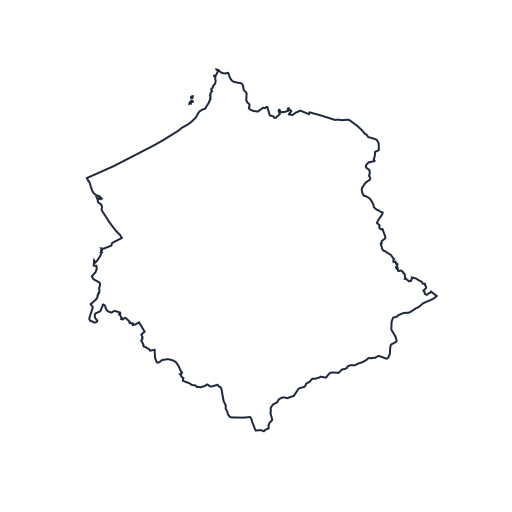 Cam Xuyen, Ha Tinh, Vietnam (orthographic projection), rotated 287°
{"feature_id": "81297802B99684516055458", "entity_name": "Cam Xuyen", "entity_type": "district", "adm_level": 2, "iso_a3": "VNM", "parent_name": "Vietnam", "parent_adm1": "Ha Tinh", "projection": "orthographic", "projection_center": [106.007, 18.19], "detail": "fine", "context": "isolated", "style": "outline", "palette": "slate", "viewbox_px": 512, "rotation_deg": 287, "n_neighbors": 0, "source": "geoboundaries", "source_scale": "gbopen_adm2", "svg_char_len": 6135}
<svg xmlns="http://www.w3.org/2000/svg" viewBox="0 0 512 512"><g transform="rotate(287 256 256)"><path d="M422.8,163.6L422.5,163.8L422.7,165.2L421.4,165.6L416.3,164.7L416.4,163.4L415.9,163.2L415.5,163.5L415.6,164.6L413.5,165.2L411.9,166.1L409.9,166.5L407.7,166.2L406.3,165.3L403.8,165.3L402.9,164.4L401.5,164.7L400.8,165.8L398.7,164.9L397.3,165.3L396.5,164.9L395.5,165.9L394.5,165.7L393.2,166.5L392.6,166.2L392.2,166.6L390.3,166.0L389.7,166.3L381.9,164.2L380.2,161.7L378.0,159.9L375.5,158.9L370.9,158.0L365.0,154.8L361.9,152.4L356.9,147.6L353.2,145.2L339.7,133.4L332.3,126.4L300.5,93.8L281.1,71.5L278.4,74.0L278.5,74.7L270.8,80.0L268.6,82.5L267.4,85.5L267.4,88.9L266.3,90.4L265.9,91.7L265.5,91.7L264.9,90.7L265.2,86.7L263.3,88.4L262.2,88.6L261.1,89.6L259.9,93.0L257.7,94.5L255.8,94.6L254.4,95.4L245.5,105.8L239.7,113.8L236.1,120.2L234.0,122.4L226.8,115.0L226.1,114.6L223.6,114.6L218.5,108.2L218.0,105.6L216.6,107.0L215.6,106.2L214.6,107.5L213.9,106.6L213.2,107.3L209.8,106.9L205.0,105.4L202.9,104.3L204.4,102.5L199.4,103.6L199.9,106.2L197.3,107.4L193.7,107.3L189.8,105.4L189.0,105.1L188.1,105.3L186.2,107.6L184.9,113.9L184.0,114.9L182.8,115.3L179.5,115.4L178.5,115.7L177.9,116.2L175.4,116.7L175.0,116.4L174.6,116.7L173.2,116.0L172.8,116.3L172.0,116.0L171.5,116.3L169.3,116.3L168.6,115.8L167.6,115.8L166.4,114.8L164.7,114.1L161.8,112.0L161.2,112.2L160.0,114.4L158.9,115.0L148.8,114.7L146.8,115.1L145.6,116.5L145.5,119.0L145.0,120.5L145.5,121.8L146.6,123.1L147.8,123.2L149.6,120.4L151.2,119.4L153.0,118.9L154.6,119.7L156.9,122.5L158.1,123.3L163.4,123.9L164.5,123.7L165.0,124.1L164.6,125.6L163.5,126.8L161.6,127.9L160.1,130.0L159.7,131.2L159.6,134.3L161.5,136.0L162.2,137.2L162.2,142.6L161.3,143.0L160.6,142.1L160.1,142.1L159.9,143.4L158.4,144.5L157.7,145.6L156.3,145.5L156.4,147.3L157.5,147.7L158.6,148.9L158.5,149.7L156.3,154.3L156.0,154.6L155.4,154.5L155.4,155.1L154.9,155.3L155.6,157.7L155.2,158.0L154.4,157.9L153.9,158.4L154.5,159.3L155.0,159.2L154.9,160.3L158.3,163.6L151.1,171.6L147.4,169.3L145.3,171.2L144.4,170.9L143.5,171.7L141.6,171.0L138.3,174.3L137.4,174.2L136.5,175.5L136.7,176.5L135.4,181.5L134.5,182.4L136.7,186.5L129.3,189.1L125.5,192.0L125.2,192.8L125.4,193.5L126.6,195.0L128.9,196.4L131.6,201.9L131.9,205.6L131.6,208.8L131.0,210.5L127.9,214.4L123.7,217.9L123.1,219.3L122.7,219.4L121.7,218.9L120.8,217.9L120.3,219.1L119.3,219.6L118.5,220.6L118.0,222.3L115.9,222.3L115.3,222.6L114.8,229.7L113.9,232.6L114.5,235.8L113.4,238.2L114.0,239.2L114.3,241.5L116.8,245.2L118.8,246.7L118.9,247.5L117.9,249.8L118.0,250.8L118.4,252.0L121.6,256.8L120.5,258.5L120.1,260.5L119.0,261.7L107.9,267.4L104.1,270.9L101.9,271.3L100.9,271.8L98.8,274.0L96.2,275.6L94.3,278.4L94.6,280.2L97.7,291.1L100.3,297.5L98.7,299.4L96.7,300.5L89.0,306.6L90.9,311.6L90.7,314.8L92.7,315.9L94.9,318.5L97.4,317.6L100.4,317.7L103.6,319.4L104.6,319.1L110.1,315.7L112.3,315.5L114.5,314.5L116.2,314.7L119.0,315.7L122.2,319.0L125.5,319.7L127.7,321.6L128.9,323.7L129.2,327.7L130.9,329.6L133.2,333.1L141.3,335.4L142.3,336.3L145.2,340.7L146.0,341.1L148.6,341.3L151.3,344.0L155.1,345.7L155.9,348.4L158.4,352.2L159.5,353.1L160.2,358.6L164.1,360.0L165.6,360.9L166.8,362.7L168.1,367.5L168.2,369.0L172.7,371.5L174.2,374.4L175.8,375.8L177.1,375.9L178.5,377.2L179.7,379.5L179.9,381.3L180.6,382.7L183.1,385.2L185.5,388.8L189.0,392.1L190.7,393.0L191.5,393.8L191.8,396.0L192.9,397.8L193.5,399.7L196.0,402.0L196.4,402.9L195.9,410.3L196.4,411.5L197.5,412.2L201.5,412.7L205.4,411.6L209.7,410.9L211.0,411.2L214.7,415.0L215.9,415.3L219.7,413.0L225.2,406.9L232.7,404.9L236.8,405.1L237.6,405.8L239.0,408.3L241.1,409.5L244.7,413.9L246.4,418.6L247.7,420.1L252.8,424.3L254.8,426.6L259.5,429.5L266.1,437.1L268.2,439.1L270.6,440.5L273.2,433.7L271.7,433.3L270.9,432.1L268.7,430.6L269.1,428.7L269.4,428.3L270.9,427.7L271.7,426.2L274.6,427.8L275.5,427.9L276.7,427.4L277.3,426.4L278.7,425.9L278.8,425.4L278.3,423.6L279.8,422.1L280.3,419.0L281.3,415.4L281.1,411.5L280.2,412.1L279.2,411.4L277.7,411.7L276.5,409.9L277.9,406.2L277.7,405.0L279.1,405.2L279.8,404.3L281.7,403.8L282.4,403.2L282.7,402.0L283.4,401.6L284.6,399.1L283.4,397.1L283.4,396.2L285.8,395.2L285.8,394.9L284.9,394.7L285.0,394.1L286.3,393.1L287.5,394.0L288.6,393.6L289.6,393.7L290.0,392.8L289.6,392.2L291.4,391.0L290.4,389.4L292.1,388.5L293.5,388.9L293.6,388.4L296.4,384.7L298.4,377.6L298.4,376.0L299.4,374.9L304.1,371.7L304.9,372.5L305.9,371.8L307.3,372.1L310.7,374.4L312.3,374.0L318.6,369.2L318.8,368.9L318.1,368.4L318.0,367.8L318.7,366.0L319.7,365.3L321.0,365.4L321.6,365.0L322.9,362.0L325.8,362.3L332.7,364.5L334.0,364.6L334.7,364.3L334.7,362.0L335.5,359.9L335.5,358.1L336.8,355.0L337.5,354.2L339.7,353.1L342.8,349.9L344.5,347.2L345.4,343.3L345.1,341.6L347.6,339.1L349.5,338.0L352.2,337.5L358.3,339.4L362.6,342.8L364.1,342.3L365.8,340.6L368.1,340.7L371.3,339.4L372.8,335.4L374.1,334.7L375.7,335.0L378.6,336.4L379.5,338.6L380.4,339.6L381.0,341.2L381.7,341.6L382.7,340.4L387.1,340.3L390.4,339.4L392.5,341.9L393.8,342.4L399.7,340.3L402.3,337.6L402.6,336.6L402.6,328.5L404.4,326.2L404.8,324.2L407.2,320.7L409.8,315.3L413.1,306.2L413.3,304.3L411.1,298.7L410.2,294.0L409.2,291.8L409.4,277.2L409.1,266.7L409.0,265.3L407.1,265.1L408.0,255.9L404.5,251.9L401.3,249.5L401.6,247.1L400.9,246.5L401.2,246.0L404.7,247.3L405.2,247.1L405.7,245.3L406.9,244.1L406.2,243.3L404.2,244.2L401.8,240.7L401.1,238.7L401.1,237.5L401.4,236.8L402.7,235.8L402.4,235.2L400.9,235.4L398.9,237.3L396.2,236.0L395.6,235.3L394.1,234.6L393.5,233.7L393.5,233.0L394.5,232.0L394.6,228.0L401.8,223.3L401.6,222.4L400.0,221.3L399.8,219.4L394.7,215.6L394.0,211.3L394.1,208.8L394.6,206.8L395.3,206.0L396.5,205.7L397.6,206.0L398.7,205.5L399.5,204.7L400.4,202.7L402.2,201.1L408.4,199.6L409.7,198.7L410.5,196.7L411.7,195.4L415.1,193.8L416.6,192.2L416.9,191.0L416.4,188.3L416.1,183.6L416.6,181.7L418.8,179.0L423.0,175.9L421.4,172.8L421.1,170.2L421.4,168.6L422.9,165.6L422.8,163.6ZM383.9,147.9L382.7,147.6L382.1,147.8L382.6,148.2L382.7,149.2L383.8,148.8L385.1,150.5L385.7,149.9L385.8,149.4L385.4,148.8L384.7,148.7L383.9,147.9ZM388.8,147.5L388.1,147.9L388.8,148.4L387.6,149.4L388.2,149.0L390.3,148.9L389.6,147.6L388.8,147.5Z" fill="none" stroke="#1e293b" stroke-width="2"/></g></svg>